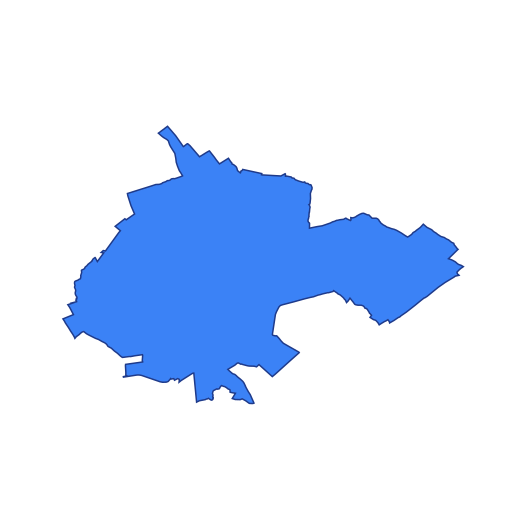 Vaslui, Vaslui, Romania, rotated 349°
{"feature_id": "2599482B13653290667893", "entity_name": "Vaslui", "entity_type": "district", "adm_level": 2, "iso_a3": "ROU", "parent_name": "Romania", "parent_adm1": "Vaslui", "projection": "equal_earth", "projection_center": [27.742, 46.653], "detail": "fine", "context": "isolated", "style": "filled", "palette": "blue", "viewbox_px": 512, "rotation_deg": 349, "n_neighbors": 0, "source": "geoboundaries", "source_scale": "gbopen_adm2", "svg_char_len": 6094}
<svg xmlns="http://www.w3.org/2000/svg" viewBox="0 0 512 512"><g transform="rotate(349 256 256)"><path d="M220.8,381.6L219.9,378.2L219.1,376.5L217.0,373.7L214.6,370.9L213.8,369.6L212.5,368.1L211.1,367.4L210.1,366.5L208.0,363.8L206.7,361.9L214.5,359.1L217.1,357.6L218.3,357.6L220.4,359.3L221.2,359.3L222.1,359.9L226.4,362.0L228.2,362.7L233.1,363.8L235.4,364.9L238.2,363.2L249.0,377.5L252.1,375.8L268.7,365.8L280.0,359.1L279.8,358.6L266.2,346.9L264.5,344.3L262.9,341.2L261.1,338.3L259.5,338.0L257.6,337.1L257.2,336.7L257.1,336.2L263.9,317.1L265.5,314.6L268.7,310.5L270.5,309.2L273.0,308.9L284.2,308.2L295.5,307.3L301.5,307.0L304.6,307.0L309.7,306.2L311.2,306.2L314.3,305.9L319.3,305.7L320.2,305.9L324.9,305.5L325.6,304.8L328.8,308.1L329.1,308.7L330.7,309.9L331.2,310.2L333.5,313.2L334.2,314.3L334.6,315.4L335.0,315.7L335.4,316.6L336.0,319.0L337.9,317.7L339.7,315.8L340.2,315.3L342.7,320.0L343.7,322.2L344.8,323.0L346.9,323.8L350.0,324.4L351.5,325.3L352.3,326.1L353.1,328.2L354.1,328.4L354.6,329.1L355.0,329.4L356.5,333.4L356.5,333.9L356.9,334.2L358.1,336.2L356.2,338.0L359.2,340.9L360.4,341.5L361.4,342.2L362.9,344.6L363.5,346.2L363.8,347.1L366.0,346.2L369.8,344.8L371.0,344.6L373.3,343.7L374.4,346.0L374.4,347.2L379.1,345.6L384.0,343.5L384.9,343.4L386.2,342.9L386.6,342.5L392.8,339.8L402.6,334.8L410.0,330.8L413.2,329.2L413.6,329.3L416.2,328.3L428.9,321.5L436.5,318.1L446.6,314.4L447.7,313.8L451.6,313.7L451.2,313.0L450.6,312.6L450.2,311.2L450.2,310.2L452.6,308.5L454.8,307.2L456.5,306.5L457.5,306.0L455.6,304.3L453.3,303.0L452.0,301.7L451.4,300.8L450.4,299.6L448.6,298.1L447.3,297.1L444.4,295.4L455.6,288.0L455.1,287.5L453.7,284.6L452.7,282.9L452.6,281.5L452.5,281.2L450.6,279.9L448.1,276.9L446.1,275.5L444.4,273.8L441.2,272.1L440.5,271.4L438.4,269.4L437.4,268.1L435.4,266.3L434.6,265.4L434.1,264.5L433.2,263.5L429.3,260.5L426.3,256.7L423.2,259.0L422.0,259.7L418.1,261.5L417.3,262.1L414.6,263.0L413.9,263.7L412.7,264.6L409.4,266.0L408.4,266.3L405.9,264.0L403.1,261.2L398.9,257.6L396.8,256.2L394.4,255.1L391.4,253.3L389.9,252.5L388.8,251.3L386.9,249.8L384.8,247.4L384.2,245.9L383.8,245.4L383.5,244.3L383.1,243.5L382.3,242.6L381.3,241.9L377.2,241.1L374.7,237.3L373.1,236.8L369.9,234.6L368.2,234.4L365.7,234.9L362.4,236.0L361.5,236.5L359.9,236.9L358.0,237.0L356.4,236.4L356.1,238.7L355.5,239.2L352.1,236.7L351.5,236.0L351.0,236.0L349.0,236.7L345.3,236.4L343.0,236.5L341.8,236.4L339.9,236.9L337.6,237.1L335.3,237.8L326.7,239.0L321.6,238.8L313.8,238.9L314.8,234.1L314.6,233.6L314.2,233.3L313.7,231.8L313.8,231.2L314.1,230.2L314.9,228.8L315.1,228.1L315.7,227.0L315.6,226.6L316.6,223.2L316.8,223.2L317.1,222.3L317.8,219.8L318.3,218.7L318.4,218.0L318.1,216.5L318.2,216.1L317.8,215.7L318.8,215.1L319.2,214.2L320.5,210.0L321.3,205.0L323.1,201.8L323.7,201.1L324.1,199.5L323.6,196.8L323.1,196.4L322.4,196.3L321.8,196.0L320.8,194.7L319.5,194.3L318.3,193.7L318.1,193.1L318.1,192.8L317.6,192.5L316.9,192.7L316.1,192.6L312.1,190.5L309.8,189.0L309.3,188.8L308.5,187.7L308.3,187.1L307.9,186.8L306.3,186.3L306.2,186.0L305.7,185.2L301.1,183.3L300.7,183.5L300.1,183.3L300.5,181.1L300.3,180.8L295.7,182.2L277.6,177.6L276.9,177.3L277.4,176.2L259.5,168.5L259.2,169.0L258.6,169.4L257.4,169.8L256.7,171.2L256.6,171.4L256.3,171.3L254.3,168.8L254.1,168.3L254.1,167.1L253.9,165.7L253.6,164.8L253.2,164.1L251.4,162.0L250.1,161.2L250.0,160.0L249.0,158.3L247.6,154.8L237.7,158.6L235.3,154.0L234.1,151.3L230.4,144.1L230.2,143.9L227.7,144.7L219.5,147.8L212.3,135.2L210.5,132.9L210.0,132.7L209.2,133.0L206.5,134.4L205.7,134.8L205.5,134.7L200.1,122.6L193.9,111.8L183.6,116.8L186.3,120.3L187.8,122.0L190.7,124.6L191.9,126.2L192.4,130.1L193.1,132.6L195.9,139.8L195.9,144.8L195.6,148.7L196.1,152.9L197.0,157.6L198.1,160.2L199.2,163.3L198.2,163.6L192.7,164.4L190.8,164.6L189.5,164.2L187.6,164.2L186.1,165.1L184.9,165.3L183.3,165.1L181.7,165.8L178.2,166.3L177.3,166.9L175.1,167.2L173.8,167.1L171.4,166.7L165.8,167.4L141.7,170.1L141.7,172.6L142.9,182.8L144.8,191.6L135.5,195.7L134.4,194.4L123.4,200.0L127.7,205.3L125.8,206.8L109.2,222.3L107.1,221.5L104.7,223.0L107.1,223.9L99.2,231.2L98.2,228.0L98.0,227.2L97.7,226.8L95.7,227.7L94.6,228.8L94.3,229.2L94.3,229.4L93.9,229.5L93.7,229.9L89.5,232.1L88.1,233.3L86.5,234.1L85.9,234.6L85.4,235.5L84.2,236.1L82.3,236.5L81.9,236.8L81.7,239.0L80.2,241.8L80.2,242.4L79.9,243.4L79.3,244.8L77.7,245.2L76.6,245.7L73.8,246.2L73.2,246.6L72.9,247.1L72.6,248.5L72.7,250.5L72.1,251.5L71.9,252.2L72.4,254.2L72.4,255.6L72.0,256.6L71.7,257.0L71.4,258.3L71.4,259.2L71.6,260.1L72.4,262.3L72.0,263.6L71.5,263.5L71.5,264.4L70.7,264.9L71.3,266.1L71.2,266.6L66.5,266.9L67.0,267.2L62.0,267.9L63.2,270.7L63.7,272.3L65.6,278.7L54.5,280.9L55.5,283.3L56.1,285.3L58.4,290.8L59.6,294.1L61.2,297.9L62.2,300.8L62.5,302.3L64.2,300.9L67.8,299.2L68.7,298.5L71.0,297.4L72.5,297.3L74.7,299.9L76.6,301.5L82.7,306.2L85.5,307.9L88.6,310.6L90.9,312.3L91.9,313.4L92.6,314.3L93.3,316.2L93.7,316.7L96.4,318.9L98.9,322.3L101.4,325.0L103.9,328.4L105.4,330.0L105.7,330.1L112.4,330.5L113.8,330.8L117.7,330.8L125.7,331.2L125.8,331.6L125.6,332.6L124.5,336.6L124.4,337.2L124.6,337.6L124.5,338.4L107.3,337.5L106.9,338.8L106.0,345.6L105.5,348.0L105.9,348.7L106.2,348.9L104.2,349.1L102.8,349.1L102.8,349.6L116.1,350.1L117.6,350.3L119.5,350.8L121.1,351.5L137.9,361.2L140.2,362.1L143.8,362.7L145.5,362.5L146.0,362.3L148.8,360.1L148.9,360.6L151.9,360.7L152.3,362.4L155.8,361.4L157.2,362.5L156.4,365.2L158.9,363.9L170.1,359.5L171.6,359.0L172.6,359.1L169.8,388.1L172.8,387.3L178.9,387.3L180.1,386.9L181.2,387.0L182.1,386.6L184.0,388.5L184.8,389.0L185.7,388.9L186.3,388.5L186.4,387.7L186.9,387.4L187.0,386.8L186.9,386.2L186.6,386.1L186.6,385.8L187.2,384.6L187.3,384.1L187.0,382.8L188.0,380.5L188.9,379.9L192.1,379.0L192.3,379.0L192.9,379.4L194.6,379.3L194.9,379.1L195.4,378.2L197.2,376.7L197.5,376.6L199.1,377.7L200.3,378.2L201.9,379.6L203.2,381.2L204.7,382.1L204.9,382.5L204.6,384.8L206.9,385.8L209.6,386.8L205.5,391.4L208.2,392.9L213.1,394.0L215.2,393.6L218.2,396.1L221.1,399.2L221.9,399.6L224.8,400.2L225.9,400.1L225.9,399.8L223.9,391.0L222.6,387.8L221.4,384.1L220.7,381.7L220.8,381.6Z" fill="#3b82f6" stroke="#1e3a8a" stroke-width="1.5"/></g></svg>